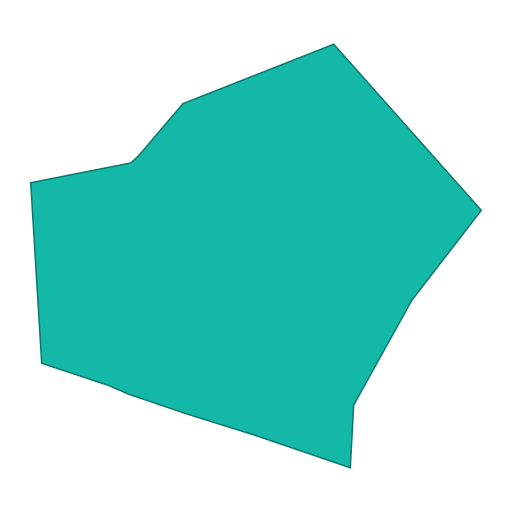 Jargalant, Hovd, Mongolia (Albers equal-area conic projection)
{"feature_id": "93677404B42040735626844", "entity_name": "Jargalant", "entity_type": "district", "adm_level": 2, "iso_a3": "MNG", "parent_name": "Mongolia", "parent_adm1": "Hovd", "projection": "albers", "projection_center": [91.642, 48.006], "detail": "fine", "context": "isolated", "style": "filled", "palette": "teal", "viewbox_px": 512, "rotation_deg": 0, "n_neighbors": 0, "source": "geoboundaries", "source_scale": "gbopen_adm2", "svg_char_len": 319}
<svg xmlns="http://www.w3.org/2000/svg" viewBox="0 0 512 512"><path d="M379.0,95.2L333.7,44.2L183.0,103.6L139.1,155.2L130.9,162.9L30.7,182.7L41.7,363.3L108.7,385.5L128.3,394.1L186.6,413.9L255.3,435.4L350.3,467.8L353.7,405.0L411.9,300.2L481.3,210.3L379.0,95.2Z" fill="#14b8a6" stroke="#0f766e" stroke-width="1.5"/></svg>